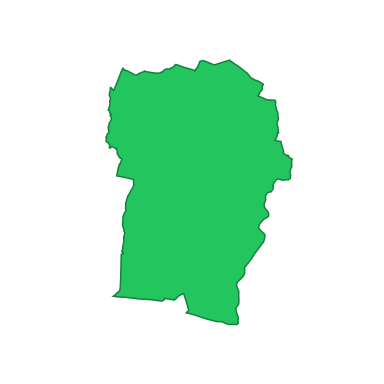 Todiresti, Suceava, Romania (Albers equal-area conic projection), rotated 70°
{"feature_id": "2599482B78954839759131", "entity_name": "Todiresti", "entity_type": "district", "adm_level": 2, "iso_a3": "ROU", "parent_name": "Romania", "parent_adm1": "Suceava", "projection": "albers", "projection_center": [26.059, 47.693], "detail": "fine", "context": "isolated", "style": "filled", "palette": "green", "viewbox_px": 384, "rotation_deg": 70, "n_neighbors": 0, "source": "geoboundaries", "source_scale": "gbopen_adm2", "svg_char_len": 5823}
<svg xmlns="http://www.w3.org/2000/svg" viewBox="0 0 384 384"><g transform="rotate(70 192 192)"><path d="M263.0,301.7L263.8,300.3L266.0,295.7L267.3,292.9L267.7,291.6L268.2,290.4L269.3,288.5L270.7,285.4L271.3,284.5L272.0,283.1L272.4,282.0L272.8,281.4L274.2,278.9L274.8,277.3L275.7,275.2L276.2,274.1L278.6,268.7L279.2,267.2L280.2,265.2L280.8,264.3L283.3,259.3L284.3,257.3L284.0,256.1L283.5,254.6L283.2,254.4L282.6,254.1L287.5,245.6L287.4,245.4L287.4,245.1L286.2,242.3L285.5,240.9L285.3,240.6L285.0,239.3L284.5,234.6L292.0,234.8L300.9,235.5L301.7,235.5L302.3,236.2L302.8,236.6L303.3,238.1L303.6,238.7L305.7,235.5L307.8,232.5L309.5,230.3L315.9,222.3L321.2,214.6L322.6,212.2L324.0,208.7L324.4,207.9L324.8,207.5L325.2,207.2L327.9,204.3L329.4,202.2L329.6,200.7L330.8,198.1L331.1,196.9L331.3,196.5L331.6,196.1L331.8,195.8L331.9,195.4L331.7,194.7L331.1,194.1L331.1,193.3L330.4,193.3L330.0,193.2L328.9,192.9L327.8,192.3L326.1,191.6L325.1,191.4L322.6,191.3L321.4,191.4L319.4,191.3L315.9,190.5L314.6,188.2L313.4,186.6L310.7,185.3L304.1,183.1L301.4,182.0L298.1,182.2L295.0,182.1L293.2,181.2L292.1,179.9L289.0,173.1L287.1,170.9L285.3,169.7L282.7,169.1L280.8,168.1L279.0,165.3L276.0,160.2L274.4,158.0L272.1,155.2L271.2,153.9L264.9,144.3L263.5,142.0L261.3,140.2L258.9,138.9L258.0,138.3L256.3,138.3L250.8,141.1L248.7,141.6L247.5,141.2L245.7,139.8L244.3,138.0L242.1,133.7L241.8,131.8L241.2,128.7L240.4,128.0L238.8,127.5L237.0,127.3L232.9,128.7L231.0,129.1L228.0,128.4L225.9,126.5L224.3,125.2L221.6,124.7L220.2,123.8L218.4,120.9L218.5,119.3L219.0,117.8L217.6,115.7L216.2,114.3L212.9,113.2L211.4,111.7L209.6,109.2L209.1,107.0L209.8,105.6L212.2,102.4L212.3,100.6L213.5,97.3L213.2,95.7L212.6,94.9L210.3,93.7L207.5,93.3L205.6,92.5L204.2,91.4L202.0,89.4L199.2,88.6L196.5,87.5L195.3,86.6L193.5,88.2L191.8,89.3L191.1,88.8L189.9,89.8L190.4,90.5L186.7,93.0L186.0,92.4L185.2,92.0L177.2,91.6L174.8,91.2L173.5,94.0L173.1,94.7L171.6,96.4L171.2,95.5L170.2,94.3L168.8,93.2L167.1,92.0L166.2,91.6L165.6,91.4L166.0,90.4L163.2,89.9L160.9,89.1L158.7,89.0L157.1,88.9L155.3,88.0L154.5,87.0L153.8,86.5L152.9,85.8L152.2,85.5L151.6,85.4L150.3,85.5L149.9,85.4L148.8,84.8L146.3,84.1L144.6,84.5L143.3,84.4L142.5,84.1L141.1,84.2L140.4,84.0L139.4,84.1L138.9,84.0L137.5,83.2L135.3,82.3L135.2,82.6L134.5,82.8L134.1,82.7L134.0,82.8L131.3,89.5L125.4,96.0L124.9,96.7L124.5,97.1L124.1,97.2L123.3,95.8L122.8,95.1L122.5,94.7L121.9,94.7L121.7,94.6L121.3,94.0L120.5,92.0L119.7,90.9L118.0,90.3L116.5,89.6L116.2,89.3L115.7,88.5L115.2,88.1L112.0,90.4L109.5,92.9L109.2,93.3L108.8,94.1L108.4,94.5L107.3,95.3L104.8,97.6L104.5,97.8L102.2,98.4L99.0,99.5L98.0,100.5L97.5,100.6L96.9,100.9L96.0,101.5L92.4,103.7L89.1,105.9L86.6,107.8L80.9,111.7L80.8,114.7L80.7,115.7L80.6,118.8L80.3,125.4L80.2,127.4L79.9,128.0L79.7,128.3L78.5,129.5L72.5,136.2L72.2,136.8L72.1,138.5L71.9,139.0L71.9,139.5L72.1,140.0L72.3,140.1L72.8,140.7L73.3,141.0L73.6,141.2L74.4,142.3L74.8,142.7L75.3,142.9L76.4,143.8L77.3,145.1L77.4,145.6L78.1,146.9L78.7,147.4L79.3,147.6L79.2,147.9L78.9,147.9L78.6,148.1L76.9,150.1L76.5,150.6L76.2,151.2L71.3,157.9L67.0,162.9L66.9,163.3L66.6,163.8L66.6,164.5L67.3,165.1L67.5,165.4L67.5,165.7L68.0,166.2L68.1,167.1L68.4,168.4L68.3,168.9L68.3,169.3L68.5,169.7L68.4,170.4L68.6,171.5L68.4,172.2L67.8,173.2L67.9,173.9L67.6,174.3L67.7,174.9L67.6,175.2L67.7,175.6L67.8,175.9L67.9,176.5L68.0,176.6L68.3,176.8L68.4,177.1L68.5,177.4L68.6,177.6L68.5,177.8L69.0,178.2L69.1,178.4L69.2,178.9L68.9,179.3L68.9,180.9L69.0,181.2L69.3,181.3L68.1,184.8L67.6,186.0L63.4,193.7L63.0,194.3L62.7,194.6L62.1,194.9L62.2,195.5L62.3,196.3L62.4,197.2L62.5,201.5L62.6,202.3L63.0,203.0L63.1,204.6L63.0,205.0L62.2,205.8L59.8,207.9L56.6,210.8L56.0,211.4L55.4,212.2L55.1,213.2L54.1,213.3L53.8,213.5L53.6,213.8L53.2,214.3L52.5,214.6L52.1,214.6L52.8,215.6L54.1,216.8L58.7,220.8L69.9,230.8L66.8,232.1L66.3,232.5L66.0,232.8L66.1,233.0L66.4,233.3L67.6,233.6L68.2,234.0L68.8,234.1L69.4,234.5L70.2,235.3L71.7,236.2L72.4,236.5L73.6,236.6L75.4,236.4L75.8,236.5L76.7,237.0L77.6,237.6L78.4,238.1L79.2,238.5L80.9,238.8L82.0,239.4L83.1,240.1L84.7,241.5L86.4,242.7L87.0,242.1L87.5,241.9L88.5,241.8L88.8,242.1L89.2,242.2L90.6,242.0L90.8,241.8L91.0,241.2L91.4,241.2L91.9,242.6L92.2,242.8L93.0,242.6L94.1,242.2L94.8,242.5L96.2,243.1L96.9,243.6L97.7,244.6L98.7,245.7L98.9,246.2L101.0,247.3L101.7,248.0L102.4,248.6L102.8,248.5L103.5,248.7L104.0,249.0L104.8,249.2L107.0,249.5L107.3,249.7L107.7,250.1L108.1,250.8L108.4,251.6L108.6,251.8L109.9,252.7L111.0,254.0L112.6,254.2L113.5,254.8L114.6,255.0L115.2,255.4L116.5,254.4L118.9,253.4L120.9,253.8L122.3,254.5L122.8,253.6L122.3,252.9L122.1,252.4L121.9,251.4L123.3,250.4L124.1,249.7L125.1,248.5L125.3,248.1L126.1,248.7L126.7,248.3L127.4,248.1L128.1,248.3L129.7,249.0L130.6,249.2L133.0,248.6L134.3,248.5L134.4,248.4L134.4,248.0L134.9,247.8L135.6,248.0L135.8,247.8L135.7,247.5L135.8,247.3L137.1,246.7L141.5,250.4L141.1,250.8L143.1,252.3L144.7,253.4L151.1,257.2L152.5,254.9L153.7,252.9L155.2,250.4L156.5,248.4L158.6,245.1L160.0,242.7L165.1,244.3L166.1,244.8L166.8,245.3L167.2,245.7L168.8,247.6L169.8,248.9L170.1,249.5L171.4,250.7L172.9,252.3L173.4,252.9L173.7,253.6L177.6,256.5L178.1,256.8L178.2,257.0L178.6,257.0L179.8,258.2L183.5,259.5L184.6,260.2L186.6,260.2L187.0,260.5L188.8,262.9L191.7,265.4L195.2,266.6L198.3,268.3L199.9,268.7L204.4,268.9L205.9,269.4L207.3,268.9L210.7,271.4L214.3,272.6L216.2,273.5L219.6,275.9L220.3,276.1L220.8,276.1L221.9,276.6L222.4,277.2L223.0,277.3L223.2,277.5L223.5,278.1L223.9,278.3L224.1,278.3L224.7,277.8L225.3,278.0L225.8,277.9L225.9,277.5L225.9,277.3L226.3,277.3L226.4,277.9L226.6,278.8L226.4,279.3L226.4,279.7L226.5,279.9L228.2,280.5L232.2,282.1L237.7,284.2L244.4,286.9L245.0,287.0L256.0,291.6L258.8,292.9L259.8,293.6L260.7,295.3L260.9,296.1L261.1,296.7L261.4,297.5L261.9,298.4L262.3,299.2L263.0,301.7Z" fill="#22c55e" stroke="#15803d" stroke-width="1.5"/></g></svg>